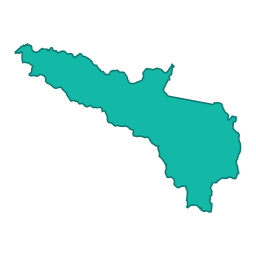 outline of Fazenda Nova, Goiás, Brazil
{"feature_id": "56859067B90940942473759", "entity_name": "Fazenda Nova", "entity_type": "district", "adm_level": 2, "iso_a3": "BRA", "parent_name": "Brazil", "parent_adm1": "Goiás", "projection": "mercator", "projection_center": [-50.894, -16.179], "detail": "fine", "context": "isolated", "style": "filled", "palette": "teal", "viewbox_px": 256, "rotation_deg": 0, "n_neighbors": 0, "source": "geoboundaries", "source_scale": "gbopen_adm2", "svg_char_len": 5309}
<svg xmlns="http://www.w3.org/2000/svg" viewBox="0 0 256 256"><path d="M240.6,147.9L240.3,144.2L240.0,142.8L239.3,141.5L239.1,140.4L238.7,138.8L238.8,137.5L239.2,136.2L239.1,134.4L237.8,132.7L236.5,132.1L235.8,131.4L234.8,130.5L234.0,129.6L233.1,128.4L232.9,126.8L233.2,125.3L233.2,123.5L233.5,122.0L235.2,121.9L236.1,120.2L236.0,119.0L236.2,117.2L234.7,116.8L233.2,116.3L232.2,116.3L229.4,119.7L228.1,120.1L228.0,118.7L228.2,117.2L228.5,116.1L228.1,114.9L227.3,113.7L226.3,113.1L225.0,112.0L224.2,110.7L223.7,109.2L222.7,107.9L222.6,106.4L222.1,105.0L221.2,103.7L219.3,102.9L217.7,102.6L216.6,102.9L215.2,102.7L214.0,103.2L213.4,104.4L211.7,104.3L168.9,96.3L167.3,95.6L166.3,93.5L164.6,92.7L163.8,91.3L163.4,89.2L164.7,86.8L165.6,84.8L166.4,83.3L167.8,80.3L169.7,79.7L169.2,76.8L169.9,75.5L171.4,74.6L171.7,73.0L171.9,71.4L172.1,69.7L172.4,68.0L174.0,66.5L172.1,64.4L170.9,66.7L169.0,69.5L168.0,70.9L167.0,72.1L166.0,72.8L163.8,72.2L161.2,69.5L157.5,68.4L156.5,68.2L154.9,69.0L153.0,69.7L151.5,69.4L147.5,68.6L146.2,68.8L143.2,72.6L143.0,74.3L143.7,76.1L142.9,78.1L142.2,79.9L140.7,80.9L138.1,81.7L135.3,83.1L133.9,83.5L132.2,83.7L129.5,82.9L128.7,82.0L127.8,80.0L127.4,78.9L127.0,77.1L126.7,76.2L125.8,75.3L124.8,73.4L123.6,72.3L121.1,72.3L118.6,71.8L117.9,70.4L116.9,70.3L114.8,70.9L113.3,70.4L110.7,71.4L109.6,73.5L107.8,75.0L106.1,74.2L104.8,74.2L103.9,72.4L103.1,71.5L101.6,71.7L100.4,71.0L100.5,69.9L99.0,69.2L98.1,67.8L96.3,65.3L95.2,65.2L94.0,65.0L93.2,64.2L92.2,62.6L91.6,61.0L90.6,60.6L89.9,59.8L88.8,58.9L87.4,57.9L86.1,57.4L85.4,56.7L84.4,56.4L83.3,56.5L82.4,56.0L81.5,54.2L80.0,53.6L79.1,54.4L78.2,55.0L76.4,56.1L75.7,57.3L74.5,56.9L73.4,57.0L72.8,54.8L71.8,53.9L70.0,53.5L68.1,54.3L66.4,53.1L65.5,52.2L64.2,51.2L62.3,51.1L60.6,51.6L59.2,52.2L58.3,52.8L56.6,51.6L55.9,50.6L54.5,51.2L52.7,49.6L52.4,48.1L51.5,47.7L50.4,48.2L49.7,49.9L48.8,50.5L47.5,50.6L48.0,49.6L46.8,49.2L43.9,49.2L42.3,48.4L39.6,50.3L38.9,51.5L37.9,51.6L36.5,52.3L33.9,51.8L31.9,49.7L31.7,48.5L31.7,47.0L31.2,45.9L29.6,45.1L28.3,45.3L27.7,44.0L26.8,44.6L25.6,44.8L24.5,46.0L23.4,45.3L22.3,46.3L21.0,46.7L20.0,48.0L19.0,48.7L17.5,50.0L16.7,51.1L15.4,51.8L15.4,53.2L17.1,52.9L19.5,53.2L21.1,51.8L22.1,52.1L22.1,59.7L22.8,62.6L24.6,62.3L27.9,62.9L28.9,63.2L30.6,64.6L31.6,64.9L32.7,66.3L31.8,68.6L31.6,71.4L31.3,72.4L29.2,74.1L29.5,75.3L31.1,75.9L33.0,75.5L34.8,75.6L36.7,76.3L38.4,75.6L39.8,74.6L41.2,74.6L42.7,75.2L44.3,75.8L44.9,77.0L45.7,78.1L45.8,79.7L45.5,81.0L46.3,82.2L47.2,83.1L48.9,83.7L49.8,84.2L51.0,85.2L52.2,85.9L53.5,87.3L55.0,88.2L56.6,88.2L57.8,87.7L59.5,87.4L61.1,87.2L61.7,88.0L62.3,89.2L64.0,90.8L64.9,91.8L65.9,92.5L66.6,93.3L66.7,94.6L67.7,96.2L69.1,98.2L69.9,99.4L70.6,100.8L71.6,101.1L72.7,100.5L74.1,100.5L75.5,101.3L77.1,101.4L78.3,102.5L79.2,103.8L80.3,103.9L81.7,103.3L83.1,104.0L85.1,106.1L86.0,106.7L87.2,106.8L89.9,105.7L91.4,105.9L92.3,107.1L93.3,107.6L95.2,107.4L96.6,107.7L98.2,107.6L99.4,107.4L100.9,107.5L101.4,108.3L102.2,109.9L102.2,111.5L103.4,111.0L104.8,110.9L105.3,111.9L106.0,113.6L106.6,114.9L107.0,116.0L107.5,117.3L107.4,118.6L107.3,119.8L107.7,121.1L108.5,122.3L110.3,122.9L111.9,123.2L113.1,124.3L113.9,125.1L114.8,125.9L115.9,125.9L117.4,125.4L118.9,125.8L120.1,126.2L121.2,126.2L123.3,126.4L125.4,126.1L126.4,126.1L127.7,126.9L129.1,128.0L130.1,129.1L131.1,129.6L133.3,130.0L133.6,131.1L133.1,132.4L133.1,133.4L133.0,134.5L133.8,135.9L136.1,136.2L137.4,136.6L138.6,136.2L140.0,136.1L141.1,136.3L142.6,136.6L143.9,137.2L144.9,137.6L145.9,137.5L147.2,137.2L148.2,137.2L148.9,138.0L149.7,139.5L150.0,140.5L151.0,141.5L151.8,143.0L153.0,143.9L153.9,144.4L154.9,145.1L156.1,146.0L157.5,145.8L158.7,146.2L157.9,147.8L158.2,149.6L158.8,151.0L159.5,152.7L159.6,154.6L159.2,156.3L160.1,157.1L161.6,158.2L162.7,160.0L163.6,160.9L164.2,162.0L165.6,164.7L166.6,164.5L166.2,165.9L166.0,166.9L166.6,168.4L165.7,170.1L165.3,172.4L165.5,173.5L166.4,175.0L166.6,176.2L167.4,177.3L168.6,177.4L169.8,177.3L170.9,176.8L171.9,177.6L173.0,178.3L173.9,179.1L174.2,180.2L174.3,181.4L174.5,182.6L174.0,183.9L175.1,185.7L175.8,186.3L176.9,187.2L178.1,187.7L179.5,187.4L180.5,186.9L181.7,186.1L183.3,186.2L184.3,186.1L185.9,186.3L186.1,188.5L186.8,190.1L187.5,191.0L187.5,192.1L187.2,193.8L187.3,195.6L186.9,198.4L186.6,200.1L187.2,201.3L187.6,202.7L187.5,204.5L187.3,205.9L186.7,206.9L187.6,207.7L188.9,206.8L190.4,205.3L193.0,205.1L194.6,205.1L196.6,205.3L197.5,205.8L198.2,206.7L199.4,207.5L200.0,208.7L201.4,208.1L201.3,210.1L202.8,210.8L203.9,211.3L205.2,211.2L206.3,210.9L207.9,211.1L209.0,212.0L211.0,211.8L211.3,209.9L211.6,208.3L211.7,206.5L211.9,205.0L211.7,203.4L210.4,203.2L209.9,202.0L210.0,200.4L210.2,198.8L210.2,197.5L210.5,196.2L211.6,195.4L211.8,194.3L211.6,192.9L211.9,191.5L211.3,189.9L210.6,188.7L210.5,187.3L211.4,186.1L212.2,184.4L212.5,182.9L214.1,182.6L215.5,182.7L216.7,182.6L217.2,181.3L218.4,180.6L219.6,179.5L220.8,178.7L222.1,178.1L223.5,178.2L224.7,178.5L225.9,178.2L227.2,178.3L227.9,177.3L229.1,177.3L231.0,177.2L232.3,178.1L233.6,178.5L234.9,178.8L235.9,178.0L236.6,176.7L236.8,175.3L237.5,174.1L238.8,173.2L238.4,171.9L238.1,170.7L238.0,169.6L237.5,168.5L237.7,167.4L237.2,165.8L236.6,164.5L236.5,163.4L235.9,162.3L236.4,160.7L237.4,159.2L237.7,157.4L238.4,155.3L239.0,154.1L240.0,152.0L240.4,149.6L240.6,147.9Z" fill="#14b8a6" stroke="#0f766e" stroke-width="1.5"/></svg>